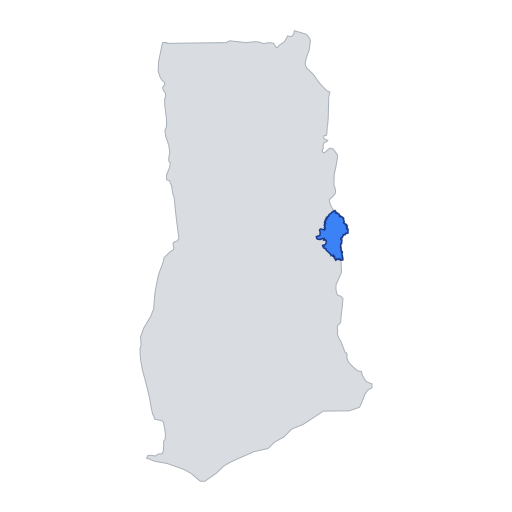 location of Nkwanta South Municipal, Volta, Ghana
{"feature_id": "2480657B13680530894334", "entity_name": "Nkwanta South Municipal", "entity_type": "district", "adm_level": 2, "iso_a3": "GHA", "parent_name": "Ghana", "parent_adm1": "Volta", "projection": "equal_earth", "projection_center": [0.469, 8.25], "detail": "fine", "context": "in_parent", "style": "filled", "palette": "blue", "viewbox_px": 512, "rotation_deg": 0, "n_neighbors": 0, "source": "geoboundaries", "source_scale": "gbopen_adm2", "svg_char_len": 7867}
<svg xmlns="http://www.w3.org/2000/svg" viewBox="0 0 512 512"><path d="M306.4,34.3L309.7,38.5L310.4,40.9L309.2,50.0L306.8,56.4L305.2,62.3L305.4,65.3L306.9,68.3L312.0,73.0L314.6,76.0L317.6,80.6L321.2,85.1L327.2,91.0L329.8,92.0L329.6,93.7L328.8,95.9L328.2,117.8L327.8,123.4L327.3,126.3L326.8,134.4L326.1,135.6L325.0,135.5L323.9,135.8L323.7,137.4L324.1,139.1L327.8,140.3L327.0,141.5L324.3,142.7L323.0,145.1L323.5,147.9L322.1,150.2L322.5,151.7L323.4,152.8L325.0,152.4L329.2,148.6L331.0,148.2L333.2,149.0L337.3,154.7L337.5,157.6L335.8,167.2L334.2,174.6L333.9,184.5L335.6,190.1L335.4,193.2L333.5,195.8L329.3,199.7L329.6,202.3L331.5,207.1L335.1,212.6L342.0,219.3L345.7,228.1L345.8,231.6L343.6,235.2L341.1,238.3L340.3,242.8L341.5,272.2L336.0,284.9L335.9,288.6L336.5,292.8L337.9,295.4L340.7,296.1L343.0,298.6L342.2,307.5L341.0,316.7L340.8,321.1L340.1,323.2L338.0,324.9L337.2,327.8L337.7,331.3L337.3,334.0L338.5,337.4L341.0,341.6L345.0,352.2L346.6,353.0L347.2,355.2L346.8,357.4L348.4,362.0L352.8,366.7L357.5,370.8L361.4,371.4L362.3,375.0L364.8,379.7L366.6,381.7L369.5,383.0L371.8,383.7L372.0,387.6L367.7,390.3L364.8,394.4L362.6,400.6L359.5,407.3L349.0,410.9L345.0,410.9L323.4,411.1L303.2,424.4L291.5,429.2L284.3,436.7L274.7,442.0L268.0,448.5L254.0,451.6L231.1,461.8L223.9,465.9L216.6,473.0L204.8,481.3L200.2,481.2L191.0,473.4L184.0,469.5L167.1,463.5L154.4,461.2L148.3,458.7L146.6,458.3L148.0,455.5L151.6,455.3L155.3,456.1L158.1,454.0L162.2,453.7L163.3,451.5L163.7,445.9L163.6,441.3L165.1,439.3L165.5,434.0L163.5,422.2L162.0,420.8L154.6,419.1L154.1,416.8L152.7,414.3L151.3,408.2L149.8,399.2L147.2,387.9L142.3,369.4L141.1,362.9L140.2,356.2L140.0,348.2L141.1,345.3L140.9,341.1L140.5,337.0L144.0,327.6L150.9,316.1L152.4,311.9L153.7,309.0L153.9,304.9L155.1,291.4L158.4,275.2L160.5,269.1L161.9,265.8L163.6,260.4L164.0,257.8L170.4,251.5L173.3,249.8L173.9,247.3L173.0,244.5L173.4,242.7L174.9,241.7L177.2,241.0L178.9,238.4L176.3,218.4L174.2,198.4L174.1,196.8L172.8,194.0L171.6,185.8L169.5,181.0L166.5,179.6L166.5,175.0L169.6,167.4L170.4,162.9L168.9,161.5L168.7,158.0L169.8,152.4L169.3,148.9L168.8,145.2L165.7,136.5L164.9,130.3L166.5,126.7L166.5,118.9L164.9,106.7L164.6,99.0L165.8,95.8L165.2,92.8L163.0,89.9L162.8,87.1L164.8,84.3L164.5,82.2L162.2,80.6L160.0,76.9L158.1,71.0L158.6,61.5L162.2,44.0L162.7,42.5L166.7,42.6L166.7,43.4L179.4,43.2L193.8,43.0L211.0,42.8L226.7,42.6L227.4,41.8L230.0,40.8L245.8,42.6L255.7,41.7L259.9,42.3L263.0,43.5L269.8,42.7L273.4,43.2L276.2,47.5L277.3,47.5L278.8,45.7L281.6,43.6L284.4,41.9L286.3,38.5L287.6,35.9L289.4,36.4L292.0,36.2L293.7,34.1L294.4,30.7L306.4,34.3Z" fill="#d9dde1" stroke="#a8b0b8" stroke-width="1"/><path d="M342.4,260.0L342.7,260.0L342.6,259.5L342.9,259.1L342.6,258.9L342.8,258.7L342.6,258.3L342.5,258.1L342.6,257.8L342.4,257.8L342.3,257.5L342.4,257.3L342.3,257.2L342.5,256.9L342.4,256.8L342.4,256.6L342.3,256.4L342.4,256.0L342.4,255.7L342.1,255.5L342.1,255.2L342.1,254.5L342.0,254.4L342.1,254.0L342.0,253.4L341.9,253.3L342.0,253.0L341.8,252.7L342.4,252.5L342.3,252.0L342.3,251.9L342.2,251.9L341.9,251.7L341.7,251.1L341.3,251.2L341.1,251.2L341.1,250.9L340.9,250.2L341.1,249.9L341.0,249.6L341.1,249.3L341.1,249.0L341.1,248.6L340.9,248.8L340.7,247.4L340.4,246.5L340.4,245.9L340.5,245.8L340.8,245.8L340.8,244.9L340.9,244.1L340.7,243.5L340.8,243.3L341.6,243.3L341.6,242.9L341.7,242.7L341.8,242.2L341.7,241.3L341.6,240.9L341.8,240.8L341.9,240.6L341.9,240.4L341.9,240.1L341.5,240.3L341.4,240.3L341.2,240.0L340.7,239.3L340.7,238.4L341.4,238.0L341.6,238.0L341.7,237.8L341.9,238.0L342.0,237.9L342.2,237.6L342.5,237.2L342.6,236.8L342.5,236.5L343.0,235.9L343.2,235.3L343.1,235.1L343.2,234.7L343.7,234.8L344.7,234.7L345.0,234.8L345.5,234.3L345.5,233.7L345.4,233.6L345.5,233.4L345.8,233.2L347.5,233.3L347.8,233.2L347.8,232.9L348.0,232.7L348.0,232.3L348.0,231.7L347.9,231.2L348.0,230.9L347.9,230.8L348.0,230.7L347.9,230.4L348.0,230.2L347.9,230.0L347.9,229.6L347.8,229.4L347.9,229.1L347.9,228.9L347.6,228.8L347.3,228.9L347.5,228.5L347.2,228.3L346.9,228.3L347.0,228.1L346.9,227.8L347.0,227.7L346.9,227.5L347.0,227.3L346.9,227.2L346.9,226.9L346.9,226.7L347.0,226.5L346.9,226.5L347.0,226.4L346.9,226.3L346.8,226.0L346.7,225.9L346.4,225.7L346.7,225.4L346.1,225.3L346.2,225.0L346.1,224.9L346.2,224.6L345.8,224.5L345.7,224.1L345.3,224.2L345.1,224.1L344.9,223.7L344.3,223.5L344.0,223.5L343.9,223.4L344.0,223.1L343.9,222.9L344.0,222.9L343.9,222.8L343.9,222.6L343.9,222.4L344.0,222.4L343.9,222.1L344.0,221.9L344.0,221.7L343.9,221.5L343.9,221.3L344.1,221.2L343.8,220.7L343.9,220.4L343.7,220.1L343.7,219.8L343.5,219.6L343.6,218.8L343.7,218.6L343.6,218.3L343.3,218.0L342.7,218.1L342.6,217.7L342.7,217.3L342.3,217.0L341.8,217.0L341.5,216.8L341.3,216.6L340.7,216.7L340.5,216.2L340.4,216.1L340.4,215.9L339.9,215.9L339.7,216.1L339.7,215.6L339.4,215.2L339.3,214.7L339.2,214.4L338.9,214.4L338.8,214.1L338.5,214.1L338.2,213.9L337.8,213.6L337.8,213.4L337.8,213.2L337.6,213.0L337.4,213.0L337.2,213.2L336.7,213.3L336.3,212.7L336.1,212.6L335.9,212.7L336.0,212.4L336.0,212.2L335.9,212.0L335.7,211.3L335.5,211.0L335.4,211.0L335.1,211.1L335.0,210.9L334.9,211.1L334.9,211.3L334.4,210.8L333.8,210.9L333.3,211.5L333.0,211.8L332.7,211.7L332.2,212.1L331.9,212.1L331.7,212.3L331.7,212.5L331.4,212.6L331.1,213.4L330.9,213.6L330.1,214.0L329.2,214.3L329.0,215.3L328.8,215.5L328.7,215.4L328.6,215.5L328.8,216.1L328.5,216.1L328.2,216.4L327.8,216.5L327.7,216.6L327.7,216.9L327.3,217.0L327.1,217.3L326.7,217.4L326.4,217.4L326.4,217.6L326.6,217.9L326.5,218.3L326.6,218.2L326.6,218.4L326.8,218.6L326.4,218.6L326.4,219.0L326.2,219.2L325.6,219.2L325.5,219.4L325.5,219.7L325.9,220.0L325.6,220.4L325.8,220.5L325.7,220.7L325.2,220.9L325.2,221.0L325.4,221.2L325.4,221.5L325.2,221.4L324.9,221.4L325.0,222.1L324.7,222.1L324.7,222.3L324.9,222.6L324.5,222.8L324.9,223.3L325.4,223.5L325.6,223.7L325.5,223.8L325.3,223.9L325.2,223.8L324.8,223.8L324.8,224.1L324.6,224.3L324.7,224.7L324.5,224.9L324.5,225.2L324.3,225.3L324.5,225.5L325.0,225.6L324.8,226.0L324.7,226.8L325.0,227.3L325.0,227.5L324.9,227.5L324.7,227.6L324.4,227.5L324.3,227.8L324.6,228.4L325.1,228.5L324.7,229.0L324.9,229.6L324.6,230.0L324.2,229.6L322.4,229.6L321.7,229.0L321.0,229.0L320.5,229.0L319.8,229.6L319.6,230.1L319.5,230.3L320.1,231.8L320.2,232.5L320.0,233.9L320.1,234.7L320.0,235.2L319.7,235.5L318.7,235.8L318.4,236.1L317.4,236.1L316.3,236.7L316.8,238.5L317.4,239.1L319.2,239.4L320.0,239.6L320.5,239.3L321.0,239.3L321.3,238.8L321.9,238.9L322.7,238.5L322.9,238.6L323.6,239.2L323.8,239.3L323.8,239.2L323.7,239.0L323.7,238.9L324.0,238.7L324.1,239.0L324.3,239.1L324.3,239.3L324.3,239.2L324.2,239.3L324.4,239.6L324.2,239.9L324.5,239.8L324.7,239.7L325.1,240.2L325.4,240.0L325.5,240.2L325.7,240.3L325.8,240.2L325.9,240.3L326.1,241.1L326.4,241.3L326.1,243.0L325.7,244.0L325.3,244.3L325.1,244.6L324.7,244.9L324.3,244.8L324.1,244.9L324.1,245.1L323.6,245.2L323.4,245.5L322.8,245.4L322.5,245.4L322.5,245.5L322.7,245.9L322.8,245.8L323.0,246.0L323.1,246.4L323.4,246.3L323.6,246.5L323.3,246.6L323.3,246.9L323.3,247.1L323.3,247.3L323.4,247.5L323.5,247.5L323.9,248.0L324.1,248.1L324.6,248.5L325.0,248.4L325.8,248.4L326.0,248.8L326.0,249.0L326.1,249.3L326.1,249.5L326.1,250.1L328.2,251.9L331.1,254.8L331.0,255.2L331.0,255.4L331.4,255.2L331.6,255.5L332.5,255.5L332.7,256.1L332.8,256.1L332.9,255.9L333.2,255.6L333.3,255.8L333.4,255.5L333.5,255.7L333.8,255.8L333.9,256.2L334.0,256.2L334.4,256.2L334.6,256.5L334.7,256.8L334.6,257.1L334.5,257.4L334.3,257.6L334.6,257.9L334.4,258.1L334.5,258.3L334.8,258.4L334.9,258.7L335.1,258.8L335.4,259.3L335.4,259.7L335.5,260.1L336.0,259.7L336.1,259.8L336.2,259.5L336.1,259.4L336.4,259.0L336.6,259.1L336.8,259.0L337.7,259.5L337.8,259.5L337.8,259.3L338.1,259.2L338.4,259.2L338.7,259.1L338.9,258.7L339.3,258.7L339.3,259.0L339.6,259.2L339.6,259.3L339.8,259.2L340.0,259.7L340.5,260.0L340.6,259.7L340.8,259.9L340.9,260.1L341.3,260.1L341.6,259.9L342.1,260.1L342.4,260.0Z" fill="#3b82f6" stroke="#1e3a8a" stroke-width="1.5"/></svg>